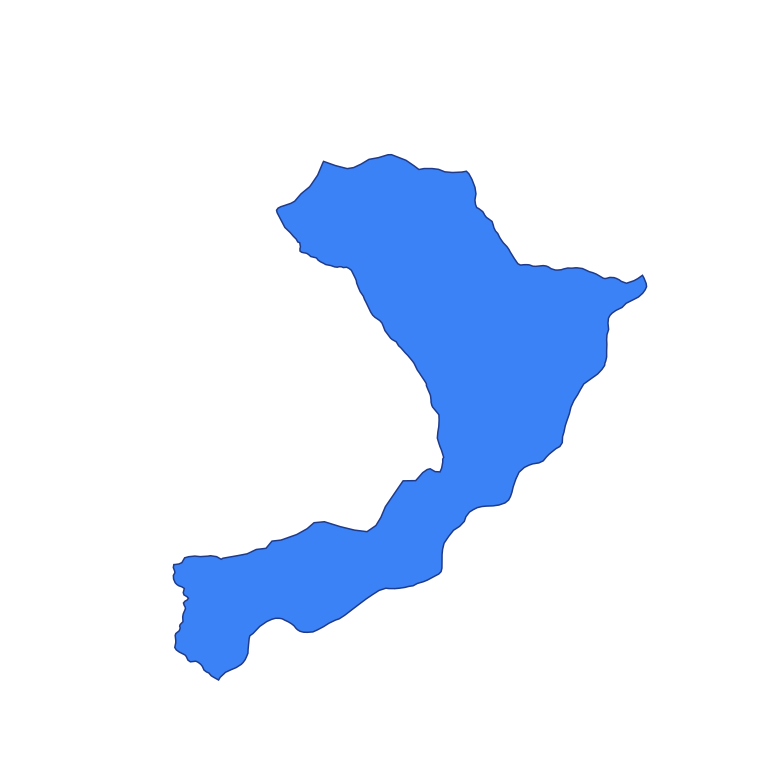 Guma, Punakha, Bhutan (Albers equal-area conic projection), rotated 72°
{"feature_id": "84629894B46754889891029", "entity_name": "Guma", "entity_type": "district", "adm_level": 2, "iso_a3": "BTN", "parent_name": "Bhutan", "parent_adm1": "Punakha", "projection": "albers", "projection_center": [89.837, 27.577], "detail": "fine", "context": "isolated", "style": "filled", "palette": "blue", "viewbox_px": 768, "rotation_deg": 72, "n_neighbors": 0, "source": "geoboundaries", "source_scale": "gbopen_adm2", "svg_char_len": 4850}
<svg xmlns="http://www.w3.org/2000/svg" viewBox="0 0 768 768"><g transform="rotate(72 384 384)"><path d="M614.4,632.8L612.3,630.4L609.2,623.8L608.5,618.0L608.0,612.1L606.5,606.4L605.4,604.2L603.4,601.4L601.3,599.4L598.0,596.6L594.5,595.3L590.8,593.7L584.4,590.9L582.0,589.4L580.8,585.7L576.1,577.0L573.7,568.9L573.1,563.3L573.3,559.5L574.6,555.7L575.9,553.3L577.9,551.4L580.7,548.4L583.4,546.1L586.1,544.3L589.4,543.1L591.1,542.1L593.2,540.3L595.2,537.2L596.5,533.6L597.8,528.2L597.3,523.5L596.1,516.5L594.5,510.3L593.5,502.9L593.5,499.2L591.8,492.8L588.9,484.7L585.4,474.7L582.9,467.4L580.7,459.8L578.8,452.5L578.8,445.3L580.1,442.5L582.0,436.8L583.0,432.3L583.9,427.1L584.2,422.6L584.9,418.7L584.0,413.9L584.2,407.7L583.9,403.4L582.8,397.3L581.6,390.5L580.1,387.7L577.0,385.8L570.5,383.6L564.2,381.5L559.2,379.3L554.0,376.1L549.0,369.7L544.6,363.1L542.7,356.0L539.5,350.1L535.5,347.1L532.2,342.3L531.1,338.1L530.4,333.5L530.8,328.7L531.7,324.6L533.6,317.9L534.6,312.2L534.5,305.6L532.8,301.3L530.1,298.5L526.5,295.8L521.7,292.9L515.3,288.1L509.6,282.8L506.7,276.3L506.0,271.3L505.9,267.2L506.9,261.1L506.3,256.3L503.6,252.1L501.9,248.9L500.8,246.2L498.6,240.4L497.8,236.1L494.9,232.6L489.2,230.4L485.5,227.8L479.7,224.5L474.8,220.9L469.7,217.0L463.7,213.3L458.4,208.5L454.0,203.1L450.0,198.9L445.7,194.0L443.1,185.9L440.5,177.7L437.4,172.1L434.5,168.4L432.3,167.4L430.8,166.1L427.1,163.9L421.2,162.0L415.2,159.8L410.5,158.5L406.0,156.7L401.5,153.5L395.4,152.2L390.8,150.2L388.6,147.9L387.1,145.2L385.7,140.7L384.7,133.8L382.1,128.9L380.8,120.6L379.9,115.1L377.6,109.9L375.2,106.6L372.6,104.2L369.4,103.6L363.6,104.0L360.5,104.6L362.2,110.1L363.0,114.3L363.1,122.3L359.7,126.6L357.5,128.2L355.3,130.5L353.9,132.4L352.4,136.3L352.3,139.4L352.0,141.3L351.1,142.8L345.1,148.1L342.6,151.1L340.6,154.1L338.6,156.2L335.5,159.6L333.2,164.4L332.6,166.3L331.9,169.6L330.5,173.3L330.1,177.5L330.1,180.2L329.2,184.0L328.5,185.9L326.0,189.4L323.4,191.5L321.9,193.3L320.6,196.0L319.0,203.3L318.0,206.0L316.5,207.8L315.5,209.2L314.6,211.4L313.7,214.4L313.1,217.4L311.0,219.5L305.0,221.3L297.2,223.2L294.7,223.6L291.4,224.6L286.6,226.9L283.5,227.9L280.4,228.7L276.0,229.3L272.9,230.7L269.1,231.2L267.0,231.0L262.8,231.0L260.0,233.0L257.2,235.1L254.7,236.0L252.9,236.3L250.6,236.8L246.3,239.8L244.9,241.3L241.6,241.5L237.2,240.7L231.6,237.8L225.1,236.7L216.8,237.1L210.3,238.3L207.1,239.9L206.5,244.5L204.0,253.6L201.0,260.6L196.7,265.8L193.9,271.8L191.5,279.2L190.8,284.5L185.9,287.9L178.0,294.0L168.2,306.0L167.2,309.5L167.0,319.4L165.7,328.9L167.8,337.9L168.8,346.1L167.8,352.4L163.0,360.0L161.2,362.8L153.6,372.7L155.3,374.3L164.8,382.5L171.7,391.4L173.4,393.7L174.6,396.7L177.4,403.9L178.4,405.6L182.6,412.5L183.4,416.7L183.5,423.9L183.5,427.4L184.0,430.4L185.5,432.5L188.1,432.7L204.5,429.9L210.8,426.5L215.6,424.5L219.1,422.7L222.3,422.1L223.6,420.5L227.8,421.1L229.3,422.1L231.6,422.8L233.2,421.7L234.2,420.1L235.3,418.0L236.3,416.7L238.4,415.2L240.1,414.3L243.2,409.3L245.8,408.4L248.2,406.6L250.5,404.2L252.4,402.5L254.9,398.0L257.4,394.7L258.5,392.3L258.6,390.3L259.4,388.2L260.7,386.7L261.4,383.5L263.1,381.7L265.8,379.9L274.5,378.6L277.0,378.4L279.7,378.8L284.7,378.5L288.8,378.1L294.2,376.5L297.5,376.4L300.4,375.9L311.6,374.4L315.0,373.5L317.8,372.0L319.4,370.7L322.4,368.4L325.4,367.1L329.0,366.8L333.6,366.6L335.9,365.8L342.4,363.6L344.2,362.5L347.7,359.3L352.2,358.3L354.5,356.9L360.6,354.3L364.2,352.5L371.6,349.6L373.7,349.0L381.0,348.0L382.9,347.4L384.8,346.8L386.5,346.4L393.9,344.3L396.9,343.6L398.7,344.2L403.8,343.8L407.6,343.4L409.6,343.4L413.6,344.2L416.0,344.9L419.0,345.1L421.0,344.9L428.5,341.9L430.3,341.3L435.2,342.7L441.3,345.0L446.3,347.6L451.9,350.0L456.2,350.1L460.8,350.1L464.4,349.8L472.2,349.9L473.6,351.4L476.3,352.2L479.5,353.9L482.0,355.3L484.9,357.9L483.1,362.5L478.9,366.3L478.7,369.4L480.3,374.6L485.7,383.7L482.0,395.8L501.1,420.6L509.8,428.1L516.1,435.4L519.2,445.8L513.8,457.3L506.2,469.6L496.6,483.2L494.3,493.4L497.9,501.9L500.2,513.6L500.6,530.3L498.8,539.1L503.8,547.0L501.9,556.6L503.2,566.7L502.1,575.6L499.9,591.1L500.4,593.0L496.5,596.5L493.7,602.1L493.3,604.7L491.4,612.1L489.2,617.1L487.9,623.1L487.7,627.3L491.4,631.4L491.8,634.7L491.2,638.0L490.8,639.7L493.5,641.1L497.1,640.9L498.9,641.2L501.0,643.5L504.5,644.4L508.5,644.0L510.6,643.0L512.4,641.6L514.5,638.9L516.7,637.1L520.4,639.4L522.8,639.4L525.4,637.1L527.3,636.2L528.7,638.2L529.0,640.3L530.3,642.4L532.9,642.4L534.6,642.0L536.4,642.3L540.5,645.9L543.2,647.4L547.9,648.6L549.8,652.2L551.2,653.2L553.1,653.2L555.4,655.0L557.0,659.1L558.6,660.3L563.6,661.3L565.9,662.1L569.9,664.4L572.7,663.7L575.6,661.6L580.1,657.1L581.9,656.3L586.0,655.8L588.4,654.0L589.0,651.0L589.5,648.6L591.2,646.8L594.0,644.9L596.5,644.0L600.4,643.6L602.9,641.9L604.7,639.9L608.1,638.5L610.3,636.6L614.4,632.8Z" fill="#3b82f6" stroke="#1e3a8a" stroke-width="1.5"/></g></svg>